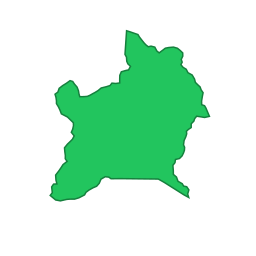 outline of Buerarema, Bahia, Brazil, rotated 109°
{"feature_id": "56859067B44754949051555", "entity_name": "Buerarema", "entity_type": "district", "adm_level": 2, "iso_a3": "BRA", "parent_name": "Brazil", "parent_adm1": "Bahia", "projection": "mercator", "projection_center": [-39.271, -14.997], "detail": "fine", "context": "isolated", "style": "filled", "palette": "green", "viewbox_px": 256, "rotation_deg": 109, "n_neighbors": 0, "source": "geoboundaries", "source_scale": "gbopen_adm2", "svg_char_len": 1967}
<svg xmlns="http://www.w3.org/2000/svg" viewBox="0 0 256 256"><g transform="rotate(109 128 128)"><path d="M217.1,179.6L219.6,173.0L218.9,168.2L217.0,165.2L215.4,162.6L214.1,159.6L212.6,155.3L210.0,151.7L207.5,149.3L205.4,147.3L202.5,146.8L199.4,144.7L195.9,141.6L193.3,138.7L189.6,137.2L185.2,136.9L181.5,133.7L180.7,130.2L181.5,127.6L179.4,121.7L178.3,118.6L166.4,82.7L167.6,76.2L173.0,53.3L173.9,48.0L171.0,50.1L166.7,50.3L164.4,53.4L164.8,56.5L163.0,58.6L162.1,63.4L158.6,66.2L157.1,70.0L153.5,71.3L148.7,73.4L145.5,72.3L142.3,72.9L140.1,69.4L136.8,67.8L133.5,67.4L130.7,67.4L127.8,68.2L125.9,70.0L121.6,70.9L117.5,70.5L114.4,70.6L112.1,71.7L109.8,70.5L107.0,68.4L103.4,69.6L100.2,68.0L97.4,68.0L94.5,66.9L93.7,62.6L93.1,59.0L90.5,54.8L83.7,60.9L82.0,62.9L82.0,65.9L78.5,67.2L73.8,68.0L70.2,68.5L68.1,71.3L65.7,73.2L64.5,75.9L62.9,79.2L60.1,81.0L57.0,84.6L56.2,89.3L53.5,92.1L52.7,95.7L50.9,98.6L48.1,98.2L45.8,100.0L42.2,99.6L39.2,100.7L37.8,103.7L36.5,107.2L36.7,111.3L38.6,115.6L40.4,118.7L43.0,120.4L46.8,123.0L45.8,125.8L42.8,129.0L43.1,132.9L44.6,135.3L43.5,138.3L42.1,140.9L40.3,143.7L38.2,146.9L36.4,149.0L36.4,158.0L36.5,161.0L59.4,154.8L61.5,152.5L65.3,150.9L67.4,149.0L68.9,145.7L72.9,146.4L74.4,148.9L77.0,152.6L80.8,152.9L84.4,151.8L88.1,150.5L89.9,154.1L90.8,157.8L93.7,158.8L96.0,161.9L98.9,166.4L102.4,168.5L105.3,170.9L107.1,172.6L109.3,174.5L111.3,176.7L112.7,179.9L114.1,183.8L111.5,185.6L109.0,186.9L105.9,189.5L103.8,193.1L102.0,195.4L102.1,198.2L105.9,200.9L109.2,203.6L112.9,206.0L116.9,206.0L119.8,208.0L122.6,206.0L125.6,204.5L128.2,203.6L130.7,200.6L133.4,198.0L136.3,195.6L137.3,188.8L139.1,185.0L140.8,181.4L143.6,180.3L147.2,179.9L150.5,180.2L153.0,176.3L156.8,176.9L159.3,178.1L163.0,180.0L167.4,181.6L170.8,180.1L174.4,178.3L177.5,177.3L179.4,174.7L183.7,177.5L187.0,178.3L191.0,179.4L196.1,181.1L200.8,179.1L204.0,177.0L205.3,180.1L208.6,181.0L213.8,178.5L217.1,179.6Z" fill="#22c55e" stroke="#15803d" stroke-width="1.5"/></g></svg>